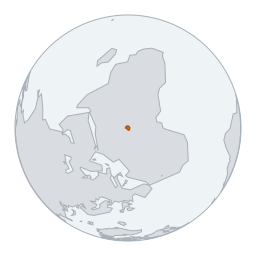 globe centered on Ouaddaï, rotated 202°
{"feature_id": "TCD-1475", "entity_name": "Ouaddaï", "entity_type": "Prefecture", "adm_level": 1, "iso_a3": "TCD", "parent_name": "Chad", "parent_adm1": "", "projection": "orthographic", "projection_center": [21.069, 13.569], "detail": "fine", "context": "on_globe", "style": "filled", "palette": "amber", "viewbox_px": 256, "rotation_deg": 202, "n_neighbors": 0, "source": "natural_earth", "source_scale": "10m", "svg_char_len": 8629}
<svg xmlns="http://www.w3.org/2000/svg" viewBox="0 0 256 256"><g transform="rotate(202 128 128)"><circle cx="128" cy="128" r="113" fill="#eef3f6" stroke="#a8b0b8"/><path d="M95.3,20.2L91.9,21.3L89.3,22.3L91.6,21.7L94.0,20.9L95.8,20.4L96.0,20.5L92.8,21.5L92.2,21.7L91.3,22.0L89.6,22.6L90.6,22.4L86.6,23.8L90.9,22.6L88.0,24.0L85.2,24.9L85.1,24.5L78.5,26.8L78.1,27.0L86.5,23.3L95.3,20.2ZM70.7,31.0L65.4,34.7L62.4,36.6L58.7,39.5L60.5,38.4L64.0,35.8L66.4,34.7L70.5,32.1L72.0,31.4L76.3,29.1L76.1,29.9L73.5,32.0L69.9,34.1L68.7,35.2L72.4,33.8L66.0,38.7L62.4,43.8L60.7,45.3L56.8,46.4L56.0,44.6L51.0,47.5L54.6,46.2L50.3,50.3L49.8,51.4L50.2,51.8L52.0,50.5L50.6,52.3L46.5,53.8L47.7,52.2L49.0,51.6L48.6,51.0L45.8,52.6L43.8,54.9L41.7,56.0L40.2,57.8L39.0,59.2L41.4,56.2L37.0,61.8L35.6,63.5L40.5,57.1L45.7,51.1L51.4,45.4L57.5,40.1L64.0,35.3L70.7,31.0ZM18.1,103.2L17.7,105.0L18.1,103.2ZM17.1,108.4L17.9,104.5L17.3,108.3L18.2,110.8L17.8,112.0L18.3,122.0L20.9,127.9L21.5,133.3L21.0,135.8L22.4,137.6L22.4,139.6L29.6,146.3L34.7,153.0L35.6,159.6L33.2,165.7L35.7,180.4L32.8,182.8L35.2,188.5L38.3,195.5L36.1,193.1L39.9,198.2L40.7,199.2L35.8,192.7L31.4,186.0L27.5,178.9L24.1,171.6L21.3,164.1L19.0,156.3L17.2,148.5L16.1,140.5L15.4,132.5L15.4,124.4L16.0,116.3L17.1,108.4ZM76.2,28.8L76.2,29.0L75.4,29.3L76.2,28.8ZM78.0,27.8L77.0,28.2L77.7,27.7L78.3,27.5L78.0,27.8ZM79.1,27.5L79.1,27.0L80.3,26.3L83.7,25.0L79.1,27.5ZM94.6,20.6L92.1,21.5L94.0,20.7L94.6,20.6ZM105.4,17.6L105.6,17.6L103.1,18.2L100.5,18.8L102.6,18.4L95.4,20.3L97.2,19.6L105.4,17.6ZM96.6,20.2L96.9,20.0L100.3,19.1L100.3,19.4L99.2,19.5L96.6,20.2ZM109.8,16.8L110.9,16.7L106.0,17.6L109.8,16.8ZM98.6,19.8L100.2,19.6L98.9,20.1L96.6,20.4L98.6,19.8ZM101.1,18.8L102.7,18.4L101.9,18.7L101.1,18.8ZM95.0,22.4L95.3,21.9L97.1,21.4L95.0,22.4ZM100.9,19.4L101.4,19.3L102.1,19.1L102.9,19.1L100.9,19.4ZM107.0,17.5L106.9,17.6L109.1,17.1L109.9,17.1L106.4,17.7L108.2,17.4L108.5,17.5L105.4,18.0L107.0,17.5ZM105.9,18.5L101.7,19.7L100.8,20.5L99.2,21.0L101.0,19.6L105.9,18.5ZM105.8,18.1L105.5,18.4L103.7,18.7L102.8,18.8L105.8,18.1ZM111.6,16.9L111.3,16.7L112.1,16.6L111.6,16.9ZM106.0,18.7L106.9,18.4L106.1,18.7L106.0,18.7ZM110.3,17.3L110.1,17.2L111.0,17.1L110.3,17.3ZM109.1,18.0L107.8,18.4L107.1,18.3L109.1,18.0ZM109.9,17.6L111.2,17.5L107.7,18.1L109.7,17.6L109.9,17.6ZM111.2,17.2L111.6,17.1L111.1,17.3L111.2,17.2ZM112.3,18.2L108.1,19.0L106.7,18.8L111.0,18.0L112.3,18.2ZM213.7,54.9L214.3,55.7L211.6,52.6L214.6,56.3L216.6,58.6L215.9,57.5L216.8,58.6L219.5,62.3L220.6,63.9L225.7,72.0L230.2,80.6L231.5,83.6L232.9,88.2L233.6,90.2L232.5,88.6L233.6,93.2L237.5,103.4L238.3,106.7L238.8,114.3L238.3,111.9L235.6,107.5L236.8,115.8L239.0,121.2L239.8,128.7L238.9,127.2L237.9,120.7L236.9,118.9L235.9,111.8L232.6,102.2L231.6,105.1L230.5,101.0L225.8,93.8L223.7,97.9L221.1,111.0L222.8,121.8L221.0,127.3L213.9,113.3L210.2,103.4L207.9,105.0L200.3,97.8L188.1,99.6L186.1,97.2L183.9,98.9L178.5,97.0L175.3,93.0L172.2,93.7L180.6,104.2L183.9,103.5L186.3,98.6L188.0,102.6L193.2,105.5L188.5,116.4L169.9,127.9L167.7,119.9L151.3,99.2L151.6,96.7L151.5,96.4L151.2,95.9L150.2,100.0L147.2,96.0L156.4,110.6L158.2,117.1L169.7,128.4L168.7,129.8L172.3,132.0L183.2,127.6L183.3,130.3L178.4,143.5L162.9,162.0L164.8,172.9L163.3,182.4L153.1,189.2L153.5,196.1L148.2,198.9L147.6,202.7L143.1,207.0L135.7,211.0L123.6,211.3L123.2,207.9L117.8,201.3L110.3,184.4L113.7,176.5L112.8,170.2L104.1,155.9L106.0,148.0L103.6,144.6L98.6,145.3L95.7,141.2L92.7,141.0L73.5,142.7L67.5,137.0L59.9,120.1L63.2,114.0L63.6,106.5L86.5,83.1L91.7,84.8L110.1,82.2L112.4,83.1L110.6,88.7L124.6,95.6L128.8,90.8L141.2,94.3L149.2,93.8L151.5,83.1L138.3,83.7L135.7,78.7L146.0,73.9L157.5,73.9L156.9,72.0L149.3,68.2L151.7,64.6L146.7,66.6L148.9,68.4L145.9,69.9L143.6,68.3L144.6,67.0L141.0,66.4L137.5,73.2L139.4,75.8L130.3,77.4L132.6,82.0L130.2,84.3L125.5,77.4L125.8,74.9L117.2,67.9L116.1,70.6L124.1,77.5L121.7,77.0L120.3,81.4L119.5,77.7L111.0,69.9L102.6,71.6L92.4,82.1L87.4,82.9L83.0,80.6L86.3,69.9L97.1,69.5L98.4,66.2L95.8,61.5L99.3,61.9L99.6,60.1L103.6,59.9L108.9,55.7L113.0,55.3L114.7,50.1L117.1,49.3L115.4,52.5L116.4,54.7L126.4,54.3L128.2,53.2L128.5,50.0L131.3,50.5L130.3,47.5L135.9,46.2L128.2,45.4L128.4,42.2L131.6,39.8L130.3,38.7L125.1,42.7L124.3,44.6L125.8,46.3L122.3,51.8L118.9,52.8L117.4,46.9L112.4,47.8L113.3,43.3L126.7,34.3L132.5,32.8L142.8,36.4L141.6,38.2L137.4,37.7L141.6,40.9L141.1,39.3L143.4,39.9L144.1,37.4L145.8,37.8L143.7,35.0L145.8,35.2L147.1,36.9L149.9,33.9L154.2,33.9L154.0,33.1L152.7,32.2L159.0,33.1L158.6,32.5L156.4,31.9L154.2,30.5L152.7,28.3L155.0,28.7L155.8,29.5L160.9,32.1L162.8,34.5L163.5,34.5L162.5,32.5L156.3,29.4L154.8,28.0L157.9,29.2L156.6,28.7L156.6,28.1L158.7,28.1L155.3,26.7L151.8,21.7L155.5,21.5L158.7,22.9L158.6,20.9L162.8,21.6L160.7,21.0L159.3,20.1L158.0,19.9L156.9,19.5L153.4,18.3L161.1,20.3L168.6,22.9L176.0,26.1L183.0,29.7L189.9,33.9L196.4,38.5L202.5,43.5L208.3,49.0L213.7,54.9ZM79.0,95.3L78.5,97.5L79.0,95.3ZM170.1,79.7L176.7,79.5L172.9,73.3L175.2,72.8L173.1,71.1L172.6,72.9L167.4,68.1L170.0,66.0L168.8,63.4L166.5,63.4L162.7,68.1L170.1,74.8L168.9,77.6L170.1,79.7ZM18.2,110.8L18.2,112.4L17.9,112.0L18.2,110.8ZM21.2,94.0L21.2,95.2L20.9,95.0L21.2,94.0ZM21.5,91.3L21.5,91.5L22.4,88.9L21.3,93.3L20.7,93.8L21.3,92.0L21.5,91.3ZM50.6,50.2L50.9,50.2L50.9,50.8L50.1,51.2L50.6,50.2ZM56.0,50.5L53.6,53.3L54.7,51.5L53.2,52.3L53.5,49.7L59.9,45.9L56.9,47.9L56.0,50.5ZM55.8,45.6L54.8,47.4L55.6,45.6L55.8,45.6ZM97.1,51.4L98.6,52.5L97.2,54.5L92.1,55.9L94.0,52.9L97.1,51.4ZM101.0,53.6L100.9,47.9L104.1,47.1L102.3,48.4L104.4,48.5L102.2,50.7L105.4,55.9L104.3,58.1L95.4,59.0L98.9,57.4L97.2,56.3L101.0,53.6ZM94.9,37.6L94.9,35.9L101.8,36.2L101.0,37.8L95.9,39.1L93.8,38.0L94.9,37.6ZM85.1,25.8L84.6,25.7L85.5,25.3L86.6,25.1L85.1,25.8ZM95.0,22.2L88.0,26.0L87.1,26.0L84.1,28.6L80.6,29.7L82.7,27.9L77.7,31.0L78.2,29.8L75.1,32.0L80.1,27.9L80.3,27.2L81.4,27.4L84.6,26.3L86.1,25.7L90.4,23.4L92.5,21.8L96.0,20.8L97.9,20.5L95.6,21.3L97.3,21.2L94.0,22.2L95.0,22.2ZM118.5,21.9L115.8,21.7L118.6,23.1L115.4,23.5L115.9,23.7L113.7,24.5L111.9,25.9L110.3,26.0L110.3,26.5L108.8,27.2L108.2,28.0L105.3,28.5L104.3,29.6L103.5,29.3L102.6,31.1L101.9,30.0L99.9,31.0L101.7,31.5L87.1,33.7L81.6,36.1L77.3,38.8L76.7,36.9L80.2,33.4L85.8,29.7L91.2,28.0L90.0,27.6L92.2,26.8L92.3,27.4L93.5,26.0L95.3,25.5L100.3,23.2L100.9,21.8L102.7,21.1L103.4,21.4L104.7,20.5L107.3,20.6L108.7,20.2L112.6,20.1L113.1,21.2L114.6,20.7L117.6,20.8L118.5,21.9ZM113.3,18.2L114.8,19.1L113.7,19.8L107.3,19.7L105.7,20.1L101.6,20.4L103.3,19.4L104.3,19.3L105.7,19.1L104.6,19.5L106.5,19.0L108.0,19.0L109.9,18.7L109.8,19.0L113.3,18.2ZM114.9,81.0L116.7,81.2L119.4,80.9L118.6,83.8L114.9,81.0ZM109.0,75.7L110.6,75.3L110.7,78.9L108.9,78.8L109.0,75.7ZM111.3,72.2L110.7,75.0L109.9,73.5L111.3,72.2ZM116.8,52.1L118.5,51.7L118.7,52.4L117.9,53.6L116.8,52.1ZM126.2,27.4L124.9,26.9L125.3,26.6L124.3,25.0L126.6,24.7L128.2,25.6L126.2,27.4ZM149.4,85.0L147.1,87.2L145.9,86.2L146.9,85.7L149.4,85.0ZM132.2,85.5L136.2,86.7L131.9,86.3L132.2,85.5ZM128.6,26.9L127.9,26.2L129.5,26.5L128.6,26.9ZM128.3,24.5L130.1,24.7L126.8,24.5L128.3,24.5ZM183.2,221.9L183.1,222.7L181.8,223.1L183.2,221.9ZM181.4,179.0L172.8,195.7L167.8,196.3L167.4,191.8L170.9,181.9L176.9,178.5L179.9,173.6L181.4,179.0ZM239.5,143.8L239.5,144.1L239.3,143.7L239.6,141.5L239.9,140.8L239.5,143.8ZM239.6,141.6L238.9,137.8L235.9,124.7L237.0,124.2L239.7,131.1L239.6,132.9L240.1,136.1L239.6,141.6ZM240.5,134.0L240.6,128.2L240.5,124.8L240.6,124.4L240.5,123.5L240.5,134.0ZM223.2,122.7L225.5,128.5L224.3,130.0L223.2,122.7ZM234.7,93.3L234.7,94.3L234.2,92.8L233.8,90.5L234.7,93.3ZM147.6,25.9L146.5,28.3L147.2,30.3L150.1,31.7L145.6,30.9L144.5,27.8L147.6,25.9ZM151.1,22.0L148.6,21.2L149.9,21.1L150.7,21.3L151.1,22.0ZM149.4,21.8L145.8,21.6L144.5,20.8L147.6,21.1L149.4,21.8ZM137.2,23.6L136.7,24.3L135.4,23.9L137.2,23.6ZM156.3,19.4L154.8,19.0L155.4,19.1L156.3,19.4ZM151.3,18.0L151.6,18.3L150.3,17.9L151.3,18.0ZM152.5,18.9L151.3,18.3L153.8,19.2L152.5,18.9Z" fill="#d9dde1" stroke="#a8b0b8" stroke-width="1"/><path d="M130.1,127.3L130.0,127.5L129.9,127.6L130.0,127.6L130.0,127.8L130.2,128.0L130.3,128.3L130.3,128.5L130.2,128.5L130.0,128.8L129.8,128.8L129.7,128.9L129.7,129.0L129.5,129.3L129.4,129.5L129.2,129.4L128.8,129.4L128.6,129.5L128.4,129.7L128.3,129.8L128.2,129.7L127.8,129.8L127.6,129.7L127.6,129.4L127.4,129.3L127.2,129.0L126.7,129.0L126.5,128.9L126.5,128.7L126.5,128.3L126.5,128.0L126.4,127.9L126.4,127.4L126.0,127.1L126.0,126.8L126.3,126.5L126.4,126.4L126.5,126.3L126.8,126.3L126.9,126.2L127.0,126.2L127.4,126.3L127.5,126.4L127.6,126.5L127.8,126.8L128.0,126.9L128.2,127.0L128.3,127.0L128.4,126.9L128.5,126.9L129.2,126.9L129.9,127.2L130.0,127.3L130.1,127.3Z" fill="#f59e0b" stroke="#b45309" stroke-width="1.5"/></g></svg>